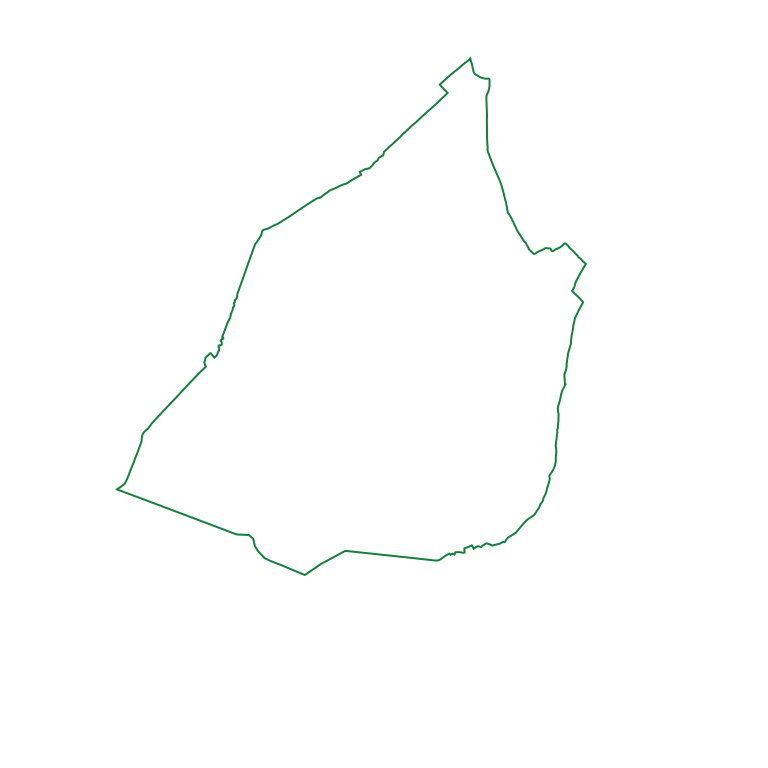 the district of Dolhesti, Suceava, Romania, rotated 51°
{"feature_id": "2599482B42758921432370", "entity_name": "Dolhesti", "entity_type": "district", "adm_level": 2, "iso_a3": "ROU", "parent_name": "Romania", "parent_adm1": "Suceava", "projection": "albers", "projection_center": [26.513, 47.438], "detail": "fine", "context": "isolated", "style": "outline", "palette": "green", "viewbox_px": 768, "rotation_deg": 51, "n_neighbors": 0, "source": "geoboundaries", "source_scale": "gbopen_adm2", "svg_char_len": 6165}
<svg xmlns="http://www.w3.org/2000/svg" viewBox="0 0 768 768"><g transform="rotate(51 384 384)"><path d="M194.3,396.3L196.1,399.3L201.1,407.5L204.3,412.8L212.9,426.7L221.9,441.6L223.4,442.8L224.9,444.9L225.0,445.7L224.9,446.7L225.2,447.4L226.1,447.8L226.4,448.6L226.4,449.2L226.9,450.0L228.0,450.4L228.6,450.7L229.1,451.3L229.5,453.0L231.2,455.2L232.1,456.8L232.9,458.2L233.2,459.2L233.8,459.5L235.9,462.1L237.0,464.9L237.7,466.5L238.3,467.7L241.6,473.2L243.9,477.1L245.3,479.7L246.0,480.3L246.8,479.7L247.6,480.4L247.0,482.2L247.7,483.8L248.7,483.7L250.0,484.2L251.3,485.4L251.1,486.8L250.2,487.6L250.2,488.4L250.9,489.3L252.4,489.4L254.1,491.1L254.4,492.3L256.0,494.9L256.7,496.9L256.8,499.3L251.0,499.3L250.7,499.9L251.1,503.1L251.2,505.6L251.2,506.2L252.5,507.5L254.1,510.1L257.0,511.2L258.5,511.6L258.7,514.2L259.0,519.1L260.8,533.4L263.3,551.1L264.3,558.8L265.8,570.0L268.4,589.0L270.1,595.2L270.2,597.1L270.2,598.5L270.3,599.9L270.5,601.3L271.1,602.9L271.8,604.3L273.5,606.2L275.5,608.1L276.7,609.7L281.7,618.0L285.5,624.8L287.1,627.2L290.5,633.5L294.2,639.9L296.5,644.1L298.3,648.3L298.3,652.6L297.8,657.8L298.2,657.7L320.5,644.5L365.4,618.2L408.2,593.2L416.3,584.1L421.9,583.0L428.9,586.4L434.9,587.1L444.4,586.3L451.2,583.0L459.3,578.3L472.0,571.5L482.6,565.7L484.2,546.3L489.3,519.1L502.7,505.7L534.0,474.5L553.5,455.2L554.9,453.5L555.9,450.4L556.0,446.0L556.6,441.4L556.9,439.9L558.7,439.9L558.9,438.7L559.0,437.5L560.4,436.7L560.9,436.5L559.8,434.8L559.8,434.3L561.3,432.2L562.8,430.6L564.5,429.2L565.7,427.4L562.4,425.1L564.8,417.3L568.5,418.0L568.6,415.9L568.6,414.9L569.0,413.4L570.1,412.3L571.5,411.5L571.9,410.8L571.6,409.6L571.7,408.8L572.0,407.3L572.0,405.6L572.5,404.5L575.1,402.8L577.7,401.5L578.6,399.4L580.3,396.0L581.0,394.5L581.6,391.0L582.6,390.2L582.8,389.1L581.8,386.7L581.4,384.2L581.8,381.0L582.3,377.2L582.6,374.8L582.1,372.8L580.8,366.6L579.7,359.9L579.7,356.2L580.3,349.3L578.9,345.3L577.8,341.7L576.6,339.2L575.9,338.3L574.9,334.4L573.4,332.4L572.6,331.0L572.0,329.6L571.2,327.8L569.7,325.4L568.6,324.1L567.6,322.8L566.2,320.7L565.2,319.1L564.3,317.7L563.5,316.7L562.5,315.4L562.0,314.8L560.2,313.9L559.4,313.3L558.8,311.5L557.4,307.0L555.0,302.5L553.1,300.2L551.1,298.1L549.7,297.2L548.1,295.7L546.2,293.7L544.8,292.4L543.3,291.4L540.9,290.0L539.4,288.8L537.5,287.0L535.7,284.9L532.3,281.6L531.0,280.0L530.5,279.5L530.1,279.3L529.1,278.7L528.4,278.0L528.1,277.2L527.5,276.6L525.9,275.1L522.7,271.9L521.3,270.7L519.4,269.1L517.8,267.6L516.7,267.0L515.1,266.2L513.0,264.8L512.0,263.9L510.9,262.7L508.9,259.6L507.2,257.3L505.7,255.4L503.4,252.7L501.2,249.4L499.9,246.4L498.5,243.1L498.0,243.4L497.3,242.9L493.2,240.1L490.1,237.9L487.5,233.5L485.4,231.1L483.3,229.4L480.4,226.3L476.2,221.8L470.0,213.0L468.0,211.4L464.2,207.4L460.6,203.0L457.6,200.0L455.3,196.9L452.9,194.1L451.3,190.4L449.2,186.3L447.6,182.1L445.7,177.8L445.4,177.7L445.1,177.7L442.8,177.9L439.6,178.1L436.7,178.5L430.1,179.2L429.8,179.1L429.6,178.3L429.5,177.6L428.6,175.4L428.2,174.7L426.7,172.8L425.7,171.4L424.3,168.3L423.0,165.3L420.8,159.8L418.5,153.7L417.7,151.5L416.9,151.7L414.9,152.0L414.0,152.2L412.5,152.3L411.5,152.3L409.3,152.7L407.9,153.0L406.9,152.9L406.0,152.7L404.4,153.1L403.3,153.1L401.8,153.3L401.1,153.3L400.3,153.3L399.3,153.5L398.0,153.6L395.6,154.1L394.8,154.1L393.5,154.0L391.8,153.9L390.4,154.2L389.7,154.3L388.8,154.8L388.4,155.4L388.3,155.8L388.4,156.5L388.7,158.1L388.7,159.6L388.6,161.1L388.2,163.0L387.7,164.9L387.2,166.0L387.2,166.6L387.2,168.3L387.0,169.3L386.4,169.8L385.9,169.9L383.9,169.5L383.5,169.6L383.0,169.9L382.0,171.0L380.5,172.4L380.0,173.0L379.9,173.5L379.8,175.0L379.3,177.0L378.3,180.3L378.1,181.4L378.0,182.4L377.9,184.2L377.6,185.0L377.3,185.6L376.6,185.9L375.2,186.1L372.9,186.3L370.6,186.6L370.1,186.5L369.7,186.4L369.5,186.2L369.1,185.9L368.1,185.8L367.3,185.7L365.9,185.6L365.0,185.4L364.3,185.1L363.8,184.9L363.3,184.8L362.8,185.0L362.0,185.3L361.5,185.3L360.3,185.2L356.7,184.8L348.5,183.9L347.1,183.5L346.1,183.2L345.4,183.1L343.6,182.7L341.9,182.4L340.8,182.0L339.7,181.5L338.9,181.4L337.7,181.3L335.6,180.7L334.0,180.4L330.4,180.0L329.4,180.0L328.6,179.8L328.0,179.4L325.7,178.3L324.5,177.4L323.2,176.8L321.5,176.0L320.7,175.4L317.0,173.8L313.6,172.2L310.7,170.8L303.3,167.6L299.2,166.2L295.7,165.2L285.6,162.4L281.8,161.3L268.6,157.0L267.3,156.3L265.2,154.4L262.6,152.7L260.6,151.3L256.4,148.1L254.6,146.7L247.1,140.7L244.4,138.6L239.8,134.7L231.7,128.6L227.5,125.5L225.6,124.0L225.4,123.8L224.9,123.4L224.2,122.3L223.9,121.9L222.0,118.3L221.2,117.3L220.6,116.4L218.3,114.0L215.6,111.8L213.3,110.2L212.7,110.4L210.9,112.6L210.3,113.3L207.7,115.3L206.2,116.1L203.0,117.3L201.6,118.0L199.9,118.3L198.3,118.1L196.9,117.6L195.9,116.7L194.7,116.4L190.7,114.4L188.3,113.4L187.4,113.1L186.5,112.8L185.7,112.1L185.2,112.0L185.4,112.5L185.6,114.6L185.6,115.9L185.4,118.3L185.5,123.1L185.6,124.8L185.6,137.4L186.4,152.3L187.3,152.3L190.3,152.1L193.9,151.8L197.8,151.4L198.3,156.7L198.4,158.9L199.1,165.4L199.3,169.0L199.5,173.6L199.8,181.0L200.0,185.8L200.3,189.3L200.4,190.8L200.8,195.1L200.7,198.9L201.1,204.1L201.7,210.3L201.4,210.4L201.9,214.3L202.2,215.8L202.4,218.5L202.5,221.4L203.0,228.2L203.0,229.8L203.4,236.0L203.5,237.2L203.7,238.0L204.3,238.8L205.0,239.7L205.5,240.3L205.9,240.8L205.5,241.7L205.4,242.3L205.4,242.7L205.3,243.2L205.2,243.8L205.1,244.0L205.1,244.4L205.0,245.2L205.0,246.1L206.0,247.7L206.1,248.4L206.1,249.5L205.9,250.7L205.9,252.4L206.1,253.7L206.6,255.0L206.9,255.7L206.9,256.2L206.9,257.3L207.0,258.1L207.1,258.6L207.1,259.3L206.7,260.6L206.1,261.8L205.3,263.1L204.0,269.2L205.5,269.8L207.0,270.1L205.5,279.4L204.9,283.9L204.8,286.2L204.1,288.4L203.2,290.4L202.3,293.6L201.6,296.9L200.8,299.9L200.4,301.5L199.7,303.3L199.5,304.4L199.4,305.3L199.5,307.0L199.1,311.6L199.1,312.5L199.2,314.2L199.1,315.7L198.6,317.2L197.5,319.3L196.0,332.3L194.9,345.1L194.5,350.7L194.2,353.8L193.5,358.5L192.8,364.8L192.6,366.0L191.8,368.6L191.3,370.7L191.2,371.5L190.6,374.6L190.0,377.0L188.8,379.5L188.6,380.3L188.3,381.4L188.5,382.2L189.2,383.3L190.4,384.9L191.0,385.9L191.4,386.6L192.3,389.3L193.0,391.4L193.5,393.1L194.0,395.1L194.3,396.3Z" fill="none" stroke="#15803d" stroke-width="2"/></g></svg>